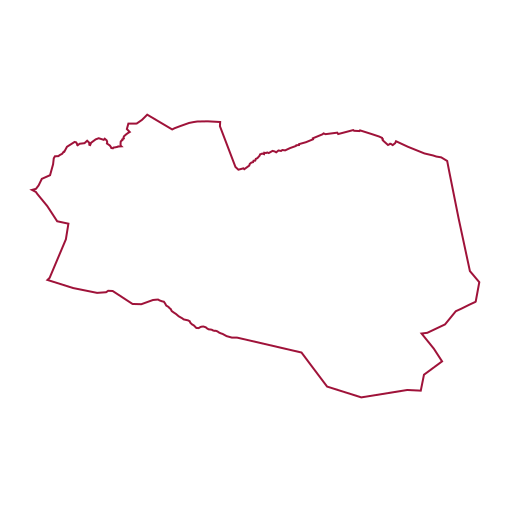 the district of Santa Catarina Ixtepeji, Oaxaca, Mexico, rotated 269°
{"feature_id": "50627088B41329862144169", "entity_name": "Santa Catarina Ixtepeji", "entity_type": "district", "adm_level": 2, "iso_a3": "MEX", "parent_name": "Mexico", "parent_adm1": "Oaxaca", "projection": "mercator", "projection_center": [-96.56, 17.222], "detail": "fine", "context": "isolated", "style": "outline", "palette": "rose", "viewbox_px": 512, "rotation_deg": 269, "n_neighbors": 0, "source": "geoboundaries", "source_scale": "gbopen_adm2", "svg_char_len": 2828}
<svg xmlns="http://www.w3.org/2000/svg" viewBox="0 0 512 512"><g transform="rotate(269 256 256)"><path d="M112.8,358.8L119.4,404.9L118.5,418.4L134.0,421.8L134.4,421.9L147.4,440.2L160.2,432.2L175.6,420.2L176.2,425.9L184.3,443.8L197.3,454.8L199.7,460.3L203.7,468.7L206.3,474.6L206.7,474.9L225.9,478.8L237.2,469.6L262.2,464.7L290.2,459.2L335.8,450.9L347.7,448.8L351.4,442.9L352.3,438.0L353.4,434.9L355.6,426.2L362.6,409.7L368.3,398.0L366.4,397.1L364.5,394.6L365.8,392.7L365.9,392.0L365.5,391.6L364.7,389.9L368.6,385.7L369.6,384.7L370.6,384.9L370.9,384.3L371.9,384.1L373.3,381.2L375.9,373.8L379.8,362.2L379.1,361.7L379.5,356.2L380.2,355.4L376.5,340.3L377.9,339.4L376.6,327.6L377.4,325.7L376.5,324.6L372.7,314.9L371.7,315.1L368.9,307.9L367.1,301.0L366.2,300.9L366.0,298.2L365.3,297.8L363.3,291.9L361.1,287.0L361.5,284.2L360.6,282.9L361.1,280.3L359.3,278.0L360.2,276.5L360.8,274.4L358.7,270.5L359.3,269.0L358.8,267.9L359.1,266.0L357.7,265.8L358.3,264.0L357.5,261.8L356.3,261.4L353.8,259.1L353.1,257.5L351.4,256.9L351.3,255.2L349.9,254.7L349.5,253.0L348.2,251.4L346.5,250.8L343.0,245.8L343.9,244.9L343.5,243.5L342.6,239.9L345.4,237.0L386.4,222.2L390.6,222.5L391.5,210.1L391.5,199.6L391.0,195.9L390.2,191.4L387.1,182.2L385.2,176.9L384.0,174.4L399.2,149.7L394.1,144.4L390.5,139.0L390.6,130.7L385.2,129.1L382.2,131.9L381.3,130.3L379.9,128.3L378.0,126.1L376.8,125.6L375.8,125.9L375.2,124.9L374.9,124.3L374.1,124.4L373.6,123.4L372.6,122.7L369.8,122.5L368.6,122.7L368.0,123.3L367.9,120.9L368.0,120.1L367.6,119.7L367.1,117.1L366.9,115.4L366.2,114.8L366.5,113.2L367.3,112.9L368.6,112.1L369.1,111.7L371.1,108.9L371.9,109.1L372.7,109.2L374.2,108.7L375.9,106.8L374.8,105.8L376.5,100.8L375.4,97.7L372.1,93.1L369.8,92.1L370.1,91.3L372.2,91.2L374.2,89.2L371.8,86.5L371.3,81.6L369.8,79.6L370.1,79.2L370.6,79.1L371.3,79.0L372.8,78.1L373.2,76.6L368.5,68.9L363.5,66.1L363.6,65.5L361.6,64.0L360.2,61.3L359.3,60.2L359.2,56.7L357.2,55.5L351.2,54.7L340.4,51.5L336.9,43.2L330.4,39.9L327.0,37.2L326.0,33.2L323.9,37.0L321.6,38.6L309.5,48.2L294.2,57.8L291.6,69.0L276.0,66.2L237.8,49.3L235.7,47.1L227.2,72.4L221.9,96.5L222.4,105.5L223.8,107.6L223.5,112.1L210.2,131.7L209.8,140.5L213.8,152.2L214.1,155.8L214.1,157.5L213.3,158.7L212.3,161.4L211.9,163.1L210.1,164.3L208.0,165.4L206.6,167.6L205.2,168.8L204.6,169.7L202.4,170.8L200.7,173.1L199.5,174.9L198.1,176.5L197.1,177.6L194.9,181.3L193.9,182.5L192.8,187.0L192.3,187.8L192.0,188.5L190.4,189.2L188.7,190.9L187.8,192.5L186.7,193.6L185.6,194.6L185.1,195.1L184.9,197.4L186.0,199.3L186.3,200.5L186.4,202.2L185.6,204.5L184.3,206.0L183.5,207.4L183.2,209.8L182.9,210.8L182.3,211.7L181.9,213.2L181.9,214.5L181.3,216.1L180.0,217.9L179.2,219.7L178.7,221.2L176.4,225.2L174.8,230.6L174.8,233.0L174.7,235.8L174.2,237.8L158.7,299.8L143.2,311.0L124.2,324.8L112.8,358.8Z" fill="none" stroke="#9f1239" stroke-width="2"/></g></svg>